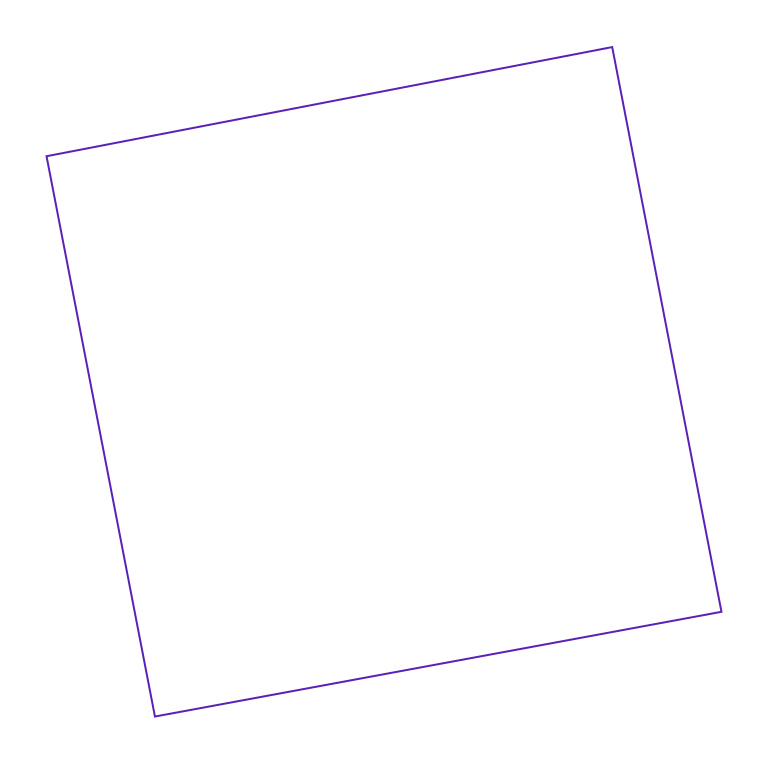 outline of Howard, Nebraska, United States of America, rotated 259°
{"feature_id": "52423323B29382899957960", "entity_name": "Howard", "entity_type": "district", "adm_level": 2, "iso_a3": "USA", "parent_name": "United States of America", "parent_adm1": "Nebraska", "projection": "mercator", "projection_center": [-98.54, 41.22], "detail": "fine", "context": "isolated", "style": "outline", "palette": "violet", "viewbox_px": 768, "rotation_deg": 259, "n_neighbors": 0, "source": "geoboundaries", "source_scale": "gbopen_adm2", "svg_char_len": 257}
<svg xmlns="http://www.w3.org/2000/svg" viewBox="0 0 768 768"><g transform="rotate(259 384 384)"><path d="M101.3,95.7L96.0,671.8L129.1,671.8L414.9,672.1L671.2,672.3L672.0,96.2L665.9,96.2L101.3,95.7Z" fill="none" stroke="#5b21b6" stroke-width="2"/></g></svg>